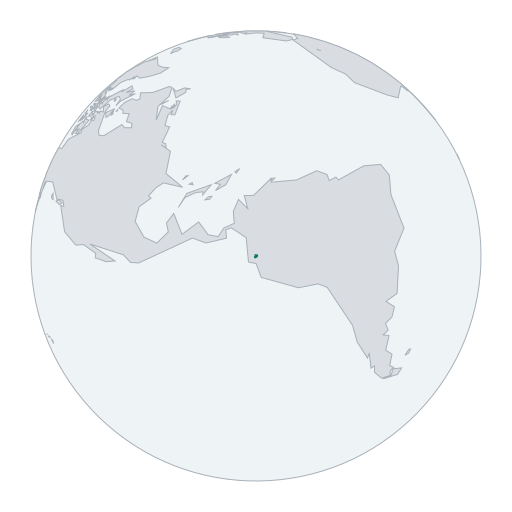 globe centered on Tungurahua, rotated 317°
{"feature_id": "ECU-1289", "entity_name": "Tungurahua", "entity_type": "Province", "adm_level": 1, "iso_a3": "ECU", "parent_name": "Ecuador", "parent_adm1": "", "projection": "orthographic", "projection_center": [-78.478, -1.245], "detail": "fine", "context": "on_globe", "style": "filled", "palette": "teal", "viewbox_px": 512, "rotation_deg": 317, "n_neighbors": 0, "source": "natural_earth", "source_scale": "10m", "svg_char_len": 7313}
<svg xmlns="http://www.w3.org/2000/svg" viewBox="0 0 512 512"><g transform="rotate(317 256 256)"><circle cx="256" cy="256" r="225" fill="#eef3f6" stroke="#a8b0b8"/><path d="M164.0,50.4L165.4,49.8L171.1,47.3L175.0,45.8L185.5,42.3L187.2,44.9L198.6,42.7L212.2,46.5L215.4,44.7L222.6,46.0L229.0,44.6L229.6,46.4L234.1,44.0L232.3,42.7L233.7,41.3L237.3,40.6L238.8,42.5L237.2,43.1L239.5,43.4L238.7,44.7L241.1,43.7L242.5,46.5L246.5,42.8L252.1,44.4L251.6,46.6L244.6,47.4L226.2,56.9L223.6,60.6L226.8,64.3L247.5,68.4L247.4,72.6L252.5,77.4L255.7,74.2L252.9,69.4L260.2,65.4L255.9,60.8L258.3,58.8L256.7,54.3L264.4,54.1L272.8,56.6L274.6,60.5L278.3,62.0L282.8,57.9L291.8,65.9L308.0,72.8L309.6,75.4L301.6,79.9L286.2,79.8L275.8,88.4L290.1,82.3L293.7,90.1L297.5,91.4L301.7,91.0L303.4,88.1L306.2,91.0L293.0,97.4L290.3,94.8L294.5,92.6L287.3,93.0L278.4,98.6L280.9,102.7L264.9,109.0L266.5,112.3L263.9,115.9L262.5,110.0L264.8,121.1L246.4,134.3L249.2,155.7L238.2,139.4L229.2,137.8L218.4,138.7L218.7,142.1L204.1,140.3L191.2,148.3L186.9,165.7L192.2,178.9L208.3,178.6L213.0,170.8L224.8,168.8L216.7,189.7L237.3,192.0L235.5,207.8L241.5,216.0L251.8,213.6L262.4,217.3L269.8,207.9L281.8,202.7L282.3,215.7L288.7,203.8L295.5,210.0L319.2,209.5L317.5,212.5L337.5,228.0L358.6,235.1L363.5,244.9L361.0,250.8L368.2,252.7L368.3,256.6L396.1,263.5L409.6,273.9L408.7,287.7L396.5,303.2L383.3,336.5L360.7,347.0L353.6,360.3L333.6,379.6L320.1,377.8L322.6,387.6L313.9,393.3L304.8,393.6L302.1,400.3L295.2,400.4L299.0,404.9L286.6,413.4L288.5,420.5L279.1,427.3L280.7,431.4L277.6,431.2L274.1,432.7L273.3,435.0L264.5,431.1L263.4,421.9L267.7,417.2L263.6,416.4L272.7,404.2L267.9,406.7L271.3,388.1L279.3,372.6L286.7,327.6L282.3,318.6L265.4,308.2L245.2,275.2L250.9,261.6L246.4,255.3L261.3,236.0L257.2,218.6L251.8,216.2L246.6,222.8L228.3,212.4L221.7,199.5L165.5,181.1L159.8,175.1L159.9,164.8L142.7,134.0L149.5,163.5L142.5,158.0L137.2,147.7L140.6,144.8L137.6,130.0L131.6,125.1L132.6,107.7L147.6,85.9L149.3,88.6L152.7,83.7L150.8,80.3L148.7,79.4L157.8,63.3L153.9,58.4L145.4,61.9L153.0,57.8L131.9,68.8L125.1,72.7L137.3,65.4L142.0,62.6L139.6,63.3L143.9,60.7L145.3,59.8L150.6,56.9L157.3,53.7L160.9,51.9L159.0,52.7L160.2,52.1L164.0,50.4ZM48.2,182.0L49.8,177.0L49.7,179.7L48.2,182.0ZM50.2,174.3L49.7,175.9L50.0,174.6L50.2,174.3ZM50.0,173.6L50.1,174.1L49.8,174.0L50.0,173.6ZM49.5,173.3L49.9,173.2L49.8,173.5L49.5,173.3ZM248.3,163.1L271.8,173.3L258.7,174.9L261.1,172.9L255.1,168.5L244.0,164.8L232.3,167.5L248.3,163.1ZM49.5,171.3L49.6,170.7L50.1,170.1L49.5,171.3ZM258.3,150.8L254.2,150.1L258.2,149.9L258.3,150.8ZM147.1,79.5L150.3,80.6L150.4,85.0L147.2,84.3L147.1,79.5ZM147.5,72.5L150.2,71.8L146.1,76.3L145.8,75.2L147.5,72.5ZM138.3,65.5L140.1,65.1L136.9,66.5L138.3,65.5ZM144.4,60.3L144.5,60.3L142.6,61.3L142.8,61.2L144.4,60.3ZM252.5,54.8L254.6,54.6L253.8,55.5L252.5,54.8ZM249.9,53.3L247.6,54.6L246.0,54.1L247.5,53.3L249.9,53.3ZM253.2,51.9L243.5,53.0L240.7,52.2L244.1,48.7L253.2,51.9ZM230.2,42.6L232.3,43.9L227.2,43.6L230.2,42.6ZM226.5,42.8L208.9,44.9L207.6,43.1L213.7,42.5L209.3,41.2L217.3,39.1L221.6,39.4L220.9,40.9L224.5,39.1L226.5,42.8ZM233.8,40.8L230.4,41.1L228.9,39.5L235.6,38.5L233.9,39.3L233.8,40.8ZM204.2,42.0L204.4,40.9L210.9,38.9L211.8,38.3L217.4,39.0L204.2,42.0ZM236.1,39.3L239.0,38.1L242.9,38.3L237.1,40.3L236.1,39.3ZM225.8,39.6L225.4,38.9L227.8,38.9L225.8,39.6ZM258.6,39.4L254.5,39.4L253.4,38.5L258.6,39.4ZM239.8,37.6L238.5,37.6L237.6,37.3L240.3,36.6L239.8,37.6ZM221.6,37.7L224.3,37.2L219.7,37.3L224.4,36.1L227.2,36.9L228.0,36.1L229.4,35.8L230.2,36.9L221.6,37.7ZM240.3,35.4L245.6,36.6L253.4,36.5L254.6,37.3L241.8,37.4L240.3,35.4ZM234.3,36.1L238.3,35.7L237.7,36.6L234.6,37.4L234.3,36.1ZM226.5,35.2L218.6,36.7L218.2,36.5L226.5,35.2ZM242.7,35.1L241.4,34.8L243.3,35.0L242.7,35.1ZM231.6,34.8L228.8,35.3L228.5,35.1L231.6,34.8ZM241.0,34.1L242.7,34.4L240.7,34.8L241.0,34.1ZM236.8,34.3L237.0,33.9L238.9,34.8L235.6,34.5L236.8,34.3ZM231.7,34.5L230.6,34.6L232.9,34.4L231.7,34.5ZM247.8,32.7L250.7,33.8L246.2,34.5L244.0,33.3L247.8,32.7ZM278.8,439.1L265.1,432.5L273.0,435.5L279.4,432.1L286.2,437.1L278.8,439.1ZM297.3,430.2L304.2,428.4L305.6,429.5L301.1,431.1L297.3,430.2ZM440.3,126.5L443.2,130.7L443.5,131.1L452.5,145.9L460.4,161.3L467.1,177.2L472.5,193.6L476.6,210.4L479.5,227.5L481.0,244.7L481.2,262.0L480.1,279.3L481.0,260.1L480.9,243.8L480.2,237.0L479.6,238.8L478.2,230.8L477.3,230.7L467.8,237.3L461.5,227.2L446.3,196.4L445.6,183.8L439.7,169.9L430.4,123.2L434.9,125.3L435.0,119.2L435.8,120.2L440.3,126.5ZM419.4,100.9L416.9,98.4L418.8,101.7L431.6,120.6L430.5,122.6L424.9,119.5L409.8,101.0L413.9,98.7L408.6,93.2L398.9,85.9L401.0,86.2L397.5,83.3L398.1,82.6L390.3,75.6L389.7,74.7L378.2,66.7L377.2,66.1L383.2,70.1L383.6,70.4L383.9,70.5L402.4,84.8L419.4,100.9ZM370.9,62.2L372.8,63.5L361.2,56.9L351.9,52.2L370.9,62.2ZM470.8,323.9L471.8,320.6L472.4,318.6L470.8,323.9ZM441.2,145.9L443.3,149.9L443.3,150.0L441.2,145.9ZM320.0,209.3L322.9,211.9L319.1,211.9L320.0,209.3ZM257.0,180.1L261.9,180.3L264.5,182.2L260.8,182.9L257.0,180.1ZM298.1,179.9L303.7,181.0L298.0,182.0L298.1,179.9ZM275.5,174.7L293.7,179.6L282.5,183.3L271.0,180.5L278.8,179.3L275.5,174.7ZM256.2,157.9L259.4,158.7L258.5,161.0L256.2,157.9ZM261.2,150.8L260.0,151.0L258.4,149.2L261.2,150.8ZM294.5,89.6L295.6,89.2L300.0,89.5L298.1,90.8L294.5,89.6ZM318.3,84.3L322.3,89.2L318.2,86.3L316.4,88.5L305.3,85.8L309.8,76.6L309.7,81.0L318.3,84.3ZM291.8,80.5L298.3,82.7L291.0,80.7L291.8,80.5ZM377.7,70.3L380.8,71.7L384.8,74.9L385.6,77.8L379.8,73.0L377.7,70.3ZM384.3,73.1L370.6,64.6L369.5,63.0L372.4,65.2L373.1,65.0L378.0,68.6L390.4,76.2L394.7,79.7L393.8,82.1L391.7,79.1L388.8,77.7L384.3,73.1ZM337.4,51.7L331.4,49.7L336.9,48.7L341.8,50.8L342.9,53.3L337.7,52.4L337.4,51.7ZM260.9,46.1L258.3,46.6L257.9,45.9L259.8,44.9L260.9,46.1ZM256.8,39.5L272.0,43.8L269.7,44.4L281.3,47.0L279.9,49.9L272.5,47.9L280.1,52.5L272.8,51.9L278.6,55.0L262.1,50.3L255.9,50.5L263.4,49.1L264.8,46.4L263.6,45.3L255.4,42.5L242.6,42.2L242.0,40.1L245.0,38.6L248.0,38.4L247.4,39.7L251.8,38.4L253.3,40.2L256.8,39.5ZM280.1,32.3L278.2,32.4L287.2,33.1L288.7,33.6L289.7,33.7L293.6,34.6L299.9,36.0L299.6,36.3L302.2,36.8L304.8,37.6L308.3,38.5L309.0,39.5L313.3,40.7L311.1,40.5L318.4,42.6L313.2,41.6L316.2,43.0L319.6,43.3L314.5,49.5L316.3,54.1L320.6,58.8L311.2,57.2L301.2,52.3L292.2,46.7L291.8,43.0L287.7,43.3L286.2,41.8L290.1,42.2L283.3,40.8L283.2,39.8L275.2,36.8L265.4,36.2L262.2,35.4L266.0,35.2L260.2,34.6L265.2,33.7L263.0,33.3L265.7,32.3L274.2,32.6L271.2,32.1L273.1,31.8L280.1,32.3ZM248.8,32.4L258.6,31.8L264.3,32.0L257.1,33.8L258.4,34.3L254.0,36.1L245.9,35.9L247.9,35.3L248.0,34.8L250.5,35.0L248.5,34.4L251.2,33.8L250.4,33.2L253.8,33.1L248.8,32.4ZM425.9,108.2L425.3,107.5L430.5,113.6L430.4,113.5L425.9,108.2ZM420.6,102.2L424.9,107.0L422.5,104.4L420.6,102.2Z" fill="#d9dde1" stroke="#a8b0b8" stroke-width="1"/><path d="M256.3,254.9L256.4,255.0L256.5,255.1L256.6,255.3L256.6,255.5L256.8,255.6L257.0,255.6L257.2,255.8L257.3,255.8L257.4,256.0L257.4,256.4L257.4,256.5L257.2,256.8L256.9,257.0L256.7,256.9L256.6,257.0L256.4,257.0L256.4,256.9L256.2,256.9L255.9,256.8L255.7,256.9L255.4,257.0L255.1,256.9L254.8,256.7L254.7,256.7L254.5,256.8L254.4,256.8L254.3,256.7L254.2,256.6L254.3,256.3L254.4,256.2L254.4,255.9L254.5,255.7L254.8,255.6L255.1,255.6L255.3,255.6L255.5,255.5L255.6,255.4L255.8,255.3L256.0,255.4L256.2,255.2L256.3,254.9Z" fill="#14b8a6" stroke="#0f766e" stroke-width="1.5"/></g></svg>